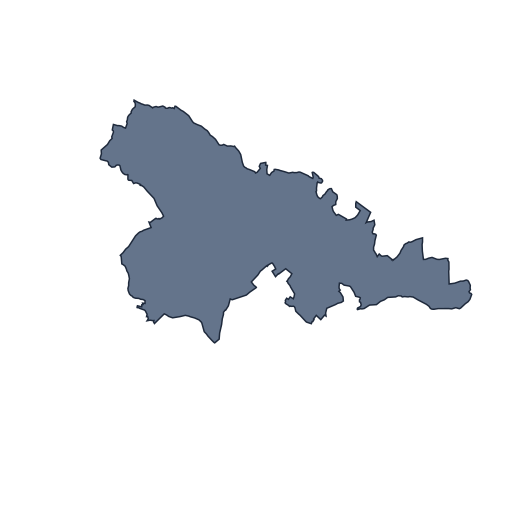 outline of Chiochis, Bistrita-Nasaud, Romania, rotated 309°
{"feature_id": "2599482B79124643183064", "entity_name": "Chiochis", "entity_type": "district", "adm_level": 2, "iso_a3": "ROU", "parent_name": "Romania", "parent_adm1": "Bistrita-Nasaud", "projection": "albers", "projection_center": [24.176, 46.97], "detail": "fine", "context": "isolated", "style": "filled", "palette": "slate", "viewbox_px": 512, "rotation_deg": 309, "n_neighbors": 0, "source": "geoboundaries", "source_scale": "gbopen_adm2", "svg_char_len": 6090}
<svg xmlns="http://www.w3.org/2000/svg" viewBox="0 0 512 512"><g transform="rotate(309 256 256)"><path d="M373.5,404.7L368.7,400.7L367.3,398.7L365.7,393.7L362.9,391.5L360.3,390.1L358.7,388.3L364.5,382.2L369.4,377.9L371.7,376.6L374.9,374.0L369.5,370.1L365.2,368.2L363.8,367.3L363.1,365.9L361.2,365.4L359.9,364.6L357.9,364.1L355.9,364.8L351.8,365.2L348.7,366.1L344.0,366.2L339.0,365.2L339.5,364.7L338.4,363.8L338.9,363.2L338.9,357.8L335.2,354.2L334.9,353.2L335.1,350.5L331.8,350.6L333.3,347.7L333.5,346.5L334.2,345.1L334.4,343.9L334.8,343.5L336.9,341.8L339.9,340.6L342.7,338.8L347.9,336.4L348.2,335.3L347.5,333.6L346.9,333.2L347.1,332.3L347.7,331.3L350.2,330.4L351.4,329.5L355.0,328.7L358.1,325.2L355.2,323.8L352.3,321.0L351.3,320.6L362.1,317.6L361.3,299.7L359.7,300.4L356.7,302.8L356.9,308.4L351.8,309.2L348.1,308.9L345.1,307.4L343.1,306.0L340.6,303.5L341.7,303.0L340.2,293.8L338.1,292.8L339.2,288.5L339.9,287.0L342.2,284.0L344.3,284.5L346.2,285.6L348.4,283.8L351.8,283.1L353.6,281.5L354.5,280.2L354.2,275.3L355.8,272.2L354.8,271.0L352.7,270.2L351.9,270.5L350.6,270.3L347.4,270.6L345.1,270.0L343.7,270.4L341.1,270.0L340.8,269.0L340.9,266.6L341.9,264.7L343.8,262.1L344.7,262.1L346.8,260.3L351.3,257.5L352.4,257.4L352.3,258.0L353.4,260.3L354.0,260.9L355.8,260.8L356.7,260.1L357.2,258.1L356.2,256.1L356.9,255.1L357.2,253.7L357.3,248.2L356.6,247.2L356.3,247.1L353.3,250.8L352.0,251.3L351.1,247.4L351.2,246.0L349.0,237.7L348.3,236.5L346.5,235.2L344.7,233.1L344.2,231.9L341.1,229.3L339.4,224.9L337.3,220.2L337.3,219.7L335.4,216.3L334.7,215.7L333.3,216.5L330.7,215.6L327.3,215.9L326.8,212.9L329.9,210.0L333.6,207.9L332.7,206.3L334.7,205.0L334.9,204.7L330.8,201.3L327.7,202.1L326.8,204.2L321.7,204.2L320.2,203.4L320.6,202.7L320.6,201.6L318.9,195.9L318.2,194.3L318.2,192.6L317.9,191.4L318.1,189.8L320.2,186.4L325.2,180.3L326.7,176.5L327.4,171.9L327.9,170.2L327.0,169.7L325.7,167.2L323.4,164.6L322.4,160.7L320.9,160.0L320.2,159.3L319.6,158.5L319.2,157.2L321.2,151.1L321.4,147.0L321.1,144.4L322.2,141.4L322.7,139.2L322.4,136.3L322.5,131.8L321.1,127.5L320.2,123.7L320.5,122.0L322.7,115.4L322.6,108.5L322.1,106.0L321.9,99.5L321.4,98.8L319.1,99.6L318.8,98.0L317.9,97.5L317.1,95.5L316.5,94.9L315.3,94.4L314.1,93.0L314.0,92.4L314.4,91.7L313.9,89.2L310.3,86.5L309.7,85.6L309.6,84.8L309.1,84.1L306.7,82.4L306.1,82.5L305.7,78.0L304.9,76.5L303.3,74.7L302.6,72.3L302.0,71.0L301.9,69.9L301.2,67.7L300.4,63.2L299.3,63.8L299.0,65.5L297.8,66.9L296.0,68.2L292.2,67.6L289.5,68.2L288.7,69.0L285.2,68.6L283.1,68.9L280.7,70.4L279.0,70.9L277.9,72.5L273.3,74.1L272.6,72.2L272.4,69.9L271.1,67.4L270.2,66.4L268.5,62.4L263.5,65.0L263.5,66.3L262.5,67.3L257.8,68.9L256.8,70.2L253.5,69.8L249.2,70.4L240.9,69.0L238.1,71.6L233.9,73.3L233.4,74.7L235.4,79.2L236.0,80.2L236.1,81.0L235.9,82.4L234.3,84.1L234.3,88.0L236.2,90.0L236.8,90.3L238.5,90.3L239.8,91.3L240.6,92.7L240.4,93.6L237.8,96.9L237.0,98.9L236.6,100.8L236.8,102.8L237.8,104.5L238.5,105.0L238.5,105.4L235.1,108.1L234.8,108.8L234.8,109.4L236.5,111.9L235.3,115.3L237.1,116.4L237.9,117.7L238.9,121.2L238.1,121.3L238.1,121.6L238.9,123.3L239.0,125.5L237.9,130.8L236.6,140.5L232.8,147.6L230.4,155.6L228.8,159.1L226.7,159.0L224.1,157.9L224.1,157.0L223.2,156.7L222.6,155.7L222.5,154.9L222.0,154.7L222.0,154.3L215.6,152.7L215.0,151.5L212.1,156.6L205.0,152.3L203.7,152.0L201.8,150.7L200.0,150.2L195.9,149.7L183.1,151.1L179.3,150.4L175.1,150.6L171.1,150.1L170.9,151.3L170.4,151.9L165.4,156.7L165.7,158.2L165.7,160.7L164.2,163.6L163.2,164.9L162.3,167.4L161.0,169.2L158.7,171.9L155.0,173.9L152.8,175.7L150.3,176.8L148.7,178.4L146.9,181.5L146.6,183.6L146.9,185.0L146.6,186.2L146.8,187.4L147.4,188.9L149.3,191.6L149.8,193.6L151.1,195.6L151.5,197.8L149.3,199.6L148.0,197.5L147.2,198.7L146.3,197.9L144.6,199.1L142.7,195.2L141.3,195.8L141.1,196.2L141.9,197.2L142.1,198.5L143.8,203.3L143.8,204.3L142.2,208.0L140.0,209.1L140.8,209.9L139.4,211.8L137.1,212.1L139.4,214.0L140.8,216.4L141.6,217.3L140.3,217.8L139.6,219.6L153.3,221.1L153.9,223.5L154.1,226.2L155.5,230.1L161.1,235.1L165.4,238.4L167.0,241.6L167.4,243.1L169.2,247.2L170.5,251.9L170.2,255.1L169.8,256.1L164.6,263.4L164.2,266.6L163.5,269.1L162.7,274.7L162.4,277.6L162.5,278.6L168.2,279.7L173.3,276.2L181.1,272.4L186.0,269.3L190.1,267.5L191.9,266.1L194.6,266.1L194.8,266.5L199.9,265.9L206.4,263.0L206.8,264.5L207.1,265.1L219.6,273.1L224.0,273.9L230.9,275.9L231.7,276.1L232.0,275.3L231.9,273.0L232.9,268.7L242.4,269.4L247.1,268.9L248.3,269.3L254.4,270.3L255.1,270.5L255.0,271.2L256.0,271.3L256.2,270.9L260.3,272.5L260.8,273.3L259.6,276.9L258.3,279.5L254.3,278.1L252.2,284.2L256.3,284.5L256.3,285.0L264.8,287.1L264.8,295.0L261.5,295.7L258.7,295.5L257.7,295.8L255.7,295.9L255.7,297.0L255.0,298.0L254.4,301.0L253.7,302.3L250.9,309.8L248.1,311.3L246.2,311.9L245.8,308.3L242.7,308.5L242.5,306.4L240.0,306.7L239.2,307.7L237.9,308.1L237.7,309.6L238.0,311.3L238.0,313.9L238.7,314.2L239.0,315.0L240.6,316.8L240.7,317.8L240.2,319.0L238.1,321.7L237.7,325.8L237.7,327.4L236.4,336.2L236.5,337.1L238.2,341.6L240.4,340.9L240.8,341.4L243.1,341.1L243.2,340.4L247.8,340.2L247.3,346.4L253.2,346.5L253.4,348.2L255.5,346.0L259.9,343.9L268.4,348.4L270.7,349.3L273.6,351.5L276.0,352.2L278.9,349.4L280.6,344.7L280.7,342.6L282.5,342.9L283.0,341.2L284.2,340.0L287.4,337.9L288.7,339.9L288.8,342.8L291.3,347.3L291.6,348.2L291.5,349.0L289.5,355.1L287.4,358.8L288.9,362.0L289.2,363.3L288.3,363.9L287.0,364.0L285.5,365.3L285.8,366.4L284.2,368.5L282.5,369.0L279.5,367.7L278.4,368.1L278.3,368.7L280.7,370.3L281.5,371.6L283.2,373.1L289.3,375.1L294.0,380.2L299.1,381.3L302.7,383.3L306.7,384.4L312.1,390.3L314.6,391.5L316.3,394.0L316.2,395.4L318.0,397.0L319.9,399.9L321.3,401.1L323.0,404.0L323.8,409.4L325.7,418.9L325.8,422.1L325.0,424.6L325.4,426.2L326.6,427.8L329.6,430.5L336.4,438.8L338.1,441.4L341.6,443.8L343.0,447.2L344.3,447.8L350.7,448.7L354.0,449.6L357.0,449.5L361.9,447.8L362.2,446.6L361.7,445.2L362.4,443.9L364.7,443.9L365.8,442.6L368.1,441.0L370.0,437.1L370.2,435.9L369.6,434.5L366.9,432.8L365.1,430.7L360.0,427.6L355.8,423.7L365.5,415.3L367.2,414.3L372.7,409.7L373.5,407.6L374.8,406.8L373.5,404.7Z" fill="#64748b" stroke="#1e293b" stroke-width="1.5"/></g></svg>